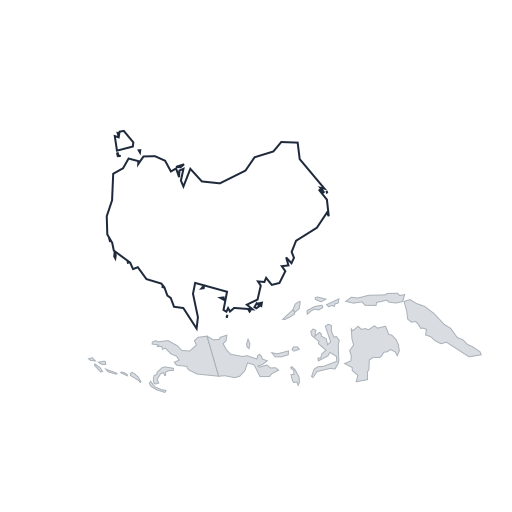 Australia highlighted among its neighbors, rotated 164°
{"feature_id": "AUS", "entity_name": "Australia", "entity_type": "country or territory", "adm_level": 0, "iso_a3": "AUS", "parent_name": "Oceania", "parent_adm1": "", "projection": "robinson", "projection_center": [137.073, -32.4], "detail": "medium", "context": "with_neighbors", "style": "outline", "palette": "slate", "viewbox_px": 512, "rotation_deg": 164, "n_neighbors": 4, "source": "natural_earth", "source_scale": "50m", "svg_char_len": 6091}
<svg xmlns="http://www.w3.org/2000/svg" viewBox="0 0 512 512"><g transform="rotate(164 256 256)"><path d="M325.0,150.7L345.2,158.8L352.3,165.3L353.1,169.0L362.5,173.0L363.8,176.4L358.6,177.1L359.9,181.4L364.9,185.6L368.5,192.4L371.7,192.1L371.5,195.0L375.8,196.1L374.1,197.3L380.1,200.0L379.4,201.8L375.7,202.3L374.3,200.6L363.8,198.9L356.3,191.3L353.4,185.7L346.0,182.9L337.8,186.8L338.5,191.6L334.1,193.8L325.1,192.4L325.0,150.7ZM388.5,154.8L392.9,159.5L393.6,162.9L391.8,164.6L389.5,158.3L383.7,153.5L379.6,151.6L381.2,150.0L388.5,154.8ZM383.1,171.4L377.1,174.5L374.1,174.5L366.3,170.8L366.8,168.9L371.8,169.8L374.9,169.3L375.8,166.2L376.6,166.1L377.1,169.5L380.4,169.0L385.1,164.5L384.5,160.7L387.9,160.6L389.1,161.7L388.9,165.2L387.0,169.1L384.0,169.6L383.1,171.4ZM402.7,168.2L409.7,175.9L408.9,177.7L407.3,178.4L404.9,175.9L402.5,171.8L401.3,166.9L402.1,166.3L402.7,168.2Z" fill="#d9dde1" stroke="#a8b0b8" stroke-width="1"/><path d="M325.0,150.7L325.1,192.4L320.1,187.2L314.3,185.9L313.0,187.7L305.8,187.9L308.2,182.7L311.8,180.9L310.3,174.0L307.6,168.6L296.6,163.1L292.0,162.6L283.5,156.7L281.8,159.8L279.6,160.4L278.4,158.0L278.3,155.2L274.0,152.1L280.1,149.8L284.1,149.9L283.7,148.2L275.4,148.2L273.1,144.4L268.1,143.2L265.7,140.0L273.3,138.5L276.2,136.4L285.3,139.0L287.8,151.8L293.6,155.6L298.3,148.8L304.8,144.9L309.9,144.9L318.9,149.5L325.0,150.7ZM234.5,191.0L235.2,194.2L231.6,199.0L226.8,200.4L226.1,199.6L229.0,193.5L234.5,191.0ZM286.6,178.2L286.0,173.4L288.2,168.9L289.5,170.8L289.5,173.8L286.6,178.2ZM194.3,107.5L191.0,113.3L195.1,119.4L194.2,122.3L200.5,128.2L193.8,129.0L191.9,133.4L192.1,139.2L186.7,143.5L186.6,149.9L184.5,159.7L183.6,157.4L177.2,160.3L174.9,156.4L170.9,156.1L168.1,154.0L161.4,156.3L159.3,153.2L150.9,152.8L150.0,144.2L147.2,142.4L144.4,137.0L143.6,131.4L144.3,125.4L147.7,121.2L148.6,125.4L152.5,129.1L156.1,127.8L159.7,128.2L163.1,125.0L165.8,124.4L171.1,126.2L175.7,124.9L178.7,115.9L180.9,113.7L182.9,106.4L194.3,107.5ZM259.2,152.0L265.4,153.8L267.5,158.7L262.7,156.1L250.9,155.8L252.2,152.2L259.2,152.0ZM245.1,158.3L241.2,157.1L240.1,154.4L245.8,154.1L247.2,156.2L245.1,158.3ZM251.1,120.1L251.5,123.6L254.8,124.1L255.3,126.8L255.0,132.4L252.1,131.7L251.2,135.6L253.6,139.0L252.0,139.8L249.7,135.7L248.0,127.5L249.2,122.4L251.1,120.1ZM215.6,127.5L229.2,128.1L234.8,123.5L235.8,124.9L231.2,131.3L227.0,132.5L221.5,131.3L207.2,132.5L206.4,137.3L211.5,143.0L214.5,140.1L225.0,138.0L224.6,140.9L222.1,140.0L219.7,143.7L214.7,146.2L220.1,154.4L219.1,156.6L224.2,164.0L224.2,168.2L221.1,170.1L218.9,167.9L221.6,162.6L216.1,165.1L214.7,163.3L215.4,160.9L211.3,157.1L211.7,150.9L207.9,152.8L208.7,169.4L205.2,170.4L202.7,168.5L204.3,162.6L203.4,156.4L201.0,156.4L199.2,152.0L201.5,147.8L205.1,133.0L206.3,130.4L211.2,125.6L215.6,127.5ZM208.3,199.7L200.7,195.3L206.0,194.0L210.9,197.9L210.6,199.6L208.3,199.7ZM214.0,188.7L217.8,188.2L222.8,185.9L222.0,189.4L213.6,191.3L206.1,190.5L206.0,188.1L210.5,186.8L214.0,188.7ZM196.7,187.6L200.1,187.1L201.6,189.8L188.1,191.9L190.0,188.2L193.1,188.2L194.6,185.9L196.7,187.6ZM141.3,175.2L142.1,177.4L153.0,178.1L154.2,175.4L164.7,178.5L166.8,182.7L175.3,183.8L182.2,187.7L175.8,190.1L169.6,187.5L158.6,187.2L142.6,183.0L140.3,183.8L130.0,181.1L128.9,178.4L123.8,177.9L127.5,171.8L134.4,172.2L141.3,175.2ZM117.7,141.0L118.7,145.4L120.7,149.0L124.9,149.6L127.6,153.6L126.3,161.6L126.2,171.5L119.9,171.6L115.1,166.3L107.8,161.1L101.0,152.0L93.8,138.2L88.8,132.8L85.1,122.3L80.1,118.3L77.2,112.8L72.9,109.2L67.1,102.2L66.7,98.9L79.0,100.4L96.7,120.6L102.4,120.7L107.1,125.1L110.4,130.4L114.7,133.3L112.4,138.6L115.7,140.8L117.7,141.0Z" fill="#d9dde1" stroke="#a8b0b8" stroke-width="1"/><path d="M234.5,191.0L235.2,189.5L240.0,188.0L245.7,187.0L247.8,187.8L235.2,194.2L234.5,191.0Z" fill="#d9dde1" stroke="#a8b0b8" stroke-width="1"/><path d="M443.8,201.2L445.3,203.4L441.4,203.3L439.3,199.4L443.8,201.2ZM441.4,195.5L440.6,196.7L436.5,191.2L435.3,187.3L437.3,187.3L441.4,195.5ZM436.7,197.3L431.1,196.8L429.9,195.8L430.3,193.2L434.0,194.2L436.7,197.3ZM430.1,185.4L431.6,188.7L422.0,181.6L422.9,180.9L430.1,185.4ZM412.7,176.3L418.3,181.1L417.1,181.5L414.7,180.0L412.4,177.4L412.7,176.3Z" fill="#d9dde1" stroke="#a8b0b8" stroke-width="1"/><path d="M333.1,202.6L340.2,226.0L348.8,229.8L349.5,239.1L352.1,242.4L352.7,251.1L354.6,255.6L367.7,264.0L372.7,277.8L377.8,277.3L378.8,284.3L391.2,300.4L390.6,308.3L393.0,317.7L388.5,335.4L379.0,349.2L370.6,374.4L359.6,377.0L351.6,384.8L342.9,379.6L343.9,376.8L336.7,382.7L325.6,379.8L317.1,372.6L314.5,360.7L308.7,362.2L308.2,353.0L306.1,359.2L301.7,359.8L307.4,349.2L306.6,342.8L295.1,357.9L287.5,342.6L270.7,335.8L242.6,341.0L230.1,351.3L210.5,351.7L200.3,358.6L184.7,353.5L187.3,337.1L171.6,301.8L175.3,303.8L172.9,298.0L177.3,302.5L172.3,290.6L175.1,274.2L175.9,278.1L189.7,266.4L213.3,259.6L220.6,250.1L220.0,243.8L223.9,239.3L227.4,246.3L227.4,238.0L234.0,239.1L232.0,233.3L240.9,223.6L248.8,223.9L252.3,232.2L255.1,228.7L261.1,231.0L259.6,226.2L266.5,213.7L278.2,211.7L274.0,205.7L291.3,212.1L296.3,209.8L297.2,213.6L299.8,210.6L302.1,213.1L293.7,229.6L321.9,246.9L327.0,237.0L328.7,213.2L333.1,202.6ZM344.2,395.2L360.6,395.6L358.7,410.2L355.3,407.9L352.9,413.1L348.6,412.7L342.6,399.0L344.2,395.2ZM266.4,206.9L270.1,205.7L271.6,207.3L268.3,210.4L266.4,206.9ZM304.1,362.1L308.3,363.7L299.9,364.0L304.1,362.1ZM299.1,222.9L301.8,225.6L298.6,225.1L299.1,222.9ZM390.7,299.0L390.6,295.4L391.9,292.5L392.4,294.6L390.7,299.0ZM358.6,389.4L361.3,390.1L361.3,391.3L358.6,389.4ZM264.6,206.7L266.4,209.7L263.2,209.5L264.6,206.7ZM339.6,389.9L338.1,389.6L339.0,387.5L339.6,389.9ZM317.4,239.8L315.9,240.8L314.4,241.3L315.2,239.5L317.4,239.8ZM170.3,297.5L170.3,299.2L170.1,297.6L170.3,297.5ZM360.7,392.5L361.7,393.3L359.7,392.6L360.7,392.5ZM379.9,284.8L381.0,284.8L380.9,286.4L379.9,284.8ZM353.1,251.0L354.4,251.9L354.2,252.5L353.1,251.0ZM355.1,411.0L355.1,412.4L354.1,411.9L355.1,411.0ZM392.3,309.6L392.3,311.6L392.2,311.5L392.3,309.6ZM277.8,205.6L276.9,204.7L277.5,204.3L277.8,205.6ZM300.9,205.7L299.7,207.3L301.1,204.6L300.9,205.7Z" fill="none" stroke="#1e293b" stroke-width="2"/></g></svg>